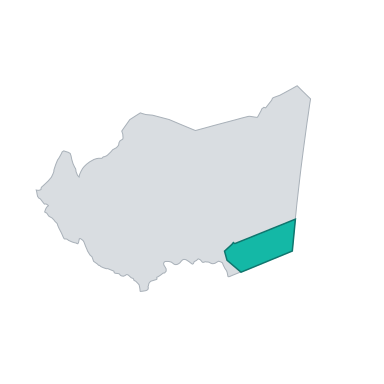 Am-Djarass, Ennedi, Chad shown in context, rotated 68°
{"feature_id": "50815135B96833037498211", "entity_name": "Am-Djarass", "entity_type": "district", "adm_level": 2, "iso_a3": "TCD", "parent_name": "Chad", "parent_adm1": "Ennedi", "projection": "orthographic", "projection_center": [22.869, 18.153], "detail": "fine", "context": "in_parent", "style": "filled", "palette": "teal", "viewbox_px": 384, "rotation_deg": 68, "n_neighbors": 0, "source": "geoboundaries", "source_scale": "gbopen_adm2", "svg_char_len": 3841}
<svg xmlns="http://www.w3.org/2000/svg" viewBox="0 0 384 384"><g transform="rotate(68 192 192)"><path d="M284.0,121.2L284.1,129.3L284.1,137.4L284.2,145.5L284.2,153.7L284.3,161.8L284.3,169.9L284.4,178.1L284.4,186.2L284.5,188.9L284.2,189.9L284.1,190.1L283.8,190.3L279.6,189.5L277.8,189.5L275.2,190.1L271.5,190.4L269.1,190.3L267.4,191.7L266.1,193.4L266.7,197.5L266.5,198.8L266.0,200.2L264.9,201.4L263.7,202.3L263.0,203.2L262.2,205.0L261.6,205.8L261.6,207.0L261.4,208.2L260.7,208.8L259.0,209.3L257.8,209.8L256.9,210.7L256.3,211.3L256.6,212.2L257.1,213.3L257.3,215.1L257.5,216.2L258.4,217.0L258.9,217.6L259.1,218.4L258.6,219.0L256.4,220.3L255.5,220.8L254.6,221.5L254.2,221.7L252.6,222.9L251.8,224.0L251.4,224.9L251.4,226.2L252.2,228.1L253.1,229.7L253.4,230.9L253.6,232.2L253.5,233.5L253.1,234.6L252.3,235.6L249.3,237.4L247.8,239.4L246.7,241.9L246.4,243.2L246.7,244.1L247.3,244.9L248.2,245.3L249.5,245.4L251.6,245.0L253.6,244.8L255.7,245.6L256.8,247.7L256.4,249.2L257.2,252.0L257.9,255.3L257.8,256.4L258.2,256.8L259.5,257.0L259.8,257.8L259.3,263.6L259.9,265.2L260.8,266.4L261.8,267.0L262.9,267.8L263.4,268.3L264.6,268.4L265.9,269.5L266.2,270.9L266.1,272.3L265.4,275.2L264.8,277.2L264.0,277.1L262.4,276.6L260.5,276.2L258.2,275.8L256.0,276.6L253.6,277.6L252.8,278.4L252.2,278.9L251.1,278.8L250.1,278.9L249.6,279.6L248.7,280.5L245.3,282.1L244.5,282.8L244.1,283.4L244.1,284.0L244.4,285.4L244.4,287.1L243.6,288.5L242.7,289.4L241.7,289.8L240.9,290.0L240.3,290.5L238.5,293.7L237.7,294.3L236.1,294.1L231.5,298.8L231.0,300.2L229.4,302.1L227.2,304.3L225.3,305.3L225.2,305.7L224.7,306.2L223.5,306.6L219.4,309.2L214.6,309.0L212.5,310.1L210.4,310.5L207.3,311.0L206.4,310.9L202.5,311.0L197.9,310.9L196.2,311.2L194.5,312.2L193.3,313.0L193.1,313.3L193.3,313.7L193.2,314.0L196.4,316.2L197.2,317.3L196.4,318.3L196.0,318.5L195.9,318.5L195.4,319.4L193.5,321.8L190.6,324.6L189.2,325.4L188.6,325.9L187.8,327.8L187.3,328.1L185.3,328.3L181.4,328.4L176.0,328.9L172.8,329.0L170.8,328.8L168.0,330.0L167.0,330.3L166.4,330.4L163.5,331.6L161.2,333.5L160.4,333.9L157.1,334.6L155.8,335.9L155.2,336.0L153.1,334.2L151.7,332.5L151.0,330.8L151.0,330.3L150.6,330.3L149.4,331.0L148.4,331.8L147.9,333.4L144.5,334.4L141.6,335.2L140.3,336.3L138.3,336.8L135.7,336.4L133.7,335.9L131.8,335.7L132.7,334.3L133.1,333.2L133.2,331.9L133.1,331.0L131.9,330.5L131.2,329.8L129.6,325.5L127.9,321.2L125.6,316.8L123.0,314.0L121.1,312.3L120.5,312.1L119.5,311.5L118.9,311.0L115.4,308.0L111.9,304.6L111.0,303.1L109.2,300.8L107.3,298.5L106.2,297.4L105.8,295.5L107.2,293.9L108.8,291.9L110.6,290.5L113.0,290.6L116.9,291.3L121.2,291.7L125.4,291.5L126.5,291.2L127.5,291.3L129.8,291.9L133.7,291.9L135.8,291.1L133.6,289.6L131.3,287.2L129.2,284.6L127.9,282.2L126.7,279.2L125.7,275.5L125.1,270.7L125.3,268.0L125.7,266.1L127.0,263.0L126.2,261.2L126.5,259.7L126.4,257.5L126.1,256.4L124.6,252.7L124.4,252.2L123.1,249.7L122.6,245.4L121.2,242.6L118.8,241.1L117.5,239.4L117.1,236.5L116.1,235.7L112.4,234.5L109.2,234.3L107.0,231.0L104.2,226.6L101.6,222.6L100.1,214.7L99.3,210.2L100.5,208.9L102.9,205.8L106.0,199.8L112.8,190.7L116.3,186.0L123.2,179.1L131.6,170.6L136.3,165.8L137.4,156.7L138.5,147.1L139.4,139.9L140.5,131.3L141.4,124.1L142.0,118.8L143.0,111.4L143.5,110.0L146.9,104.3L147.2,103.5L146.6,102.5L142.4,97.4L141.1,96.2L140.4,93.6L141.6,92.2L136.7,83.7L135.5,82.6L135.0,81.6L135.0,80.1L135.2,74.3L134.2,65.3L132.9,54.7L139.2,52.0L144.0,49.9L150.1,47.2L155.4,50.4L163.2,54.9L171.0,59.5L178.9,64.0L186.8,68.5L194.7,73.0L202.7,77.5L210.7,82.0L218.7,86.4L226.8,90.8L234.9,95.2L243.0,99.6L251.2,103.9L259.3,108.3L267.5,112.6L275.8,116.9L284.0,121.2Z" fill="#d9dde1" stroke="#a8b0b8" stroke-width="1"/><path d="M284.7,176.6L284.7,175.8L284.3,121.1L255.9,106.3L255.9,171.1L255.5,172.0L254.4,172.6L254.5,172.8L255.5,174.6L259.0,184.0L268.4,185.1L284.7,176.6Z" fill="#14b8a6" stroke="#0f766e" stroke-width="1.5"/></g></svg>